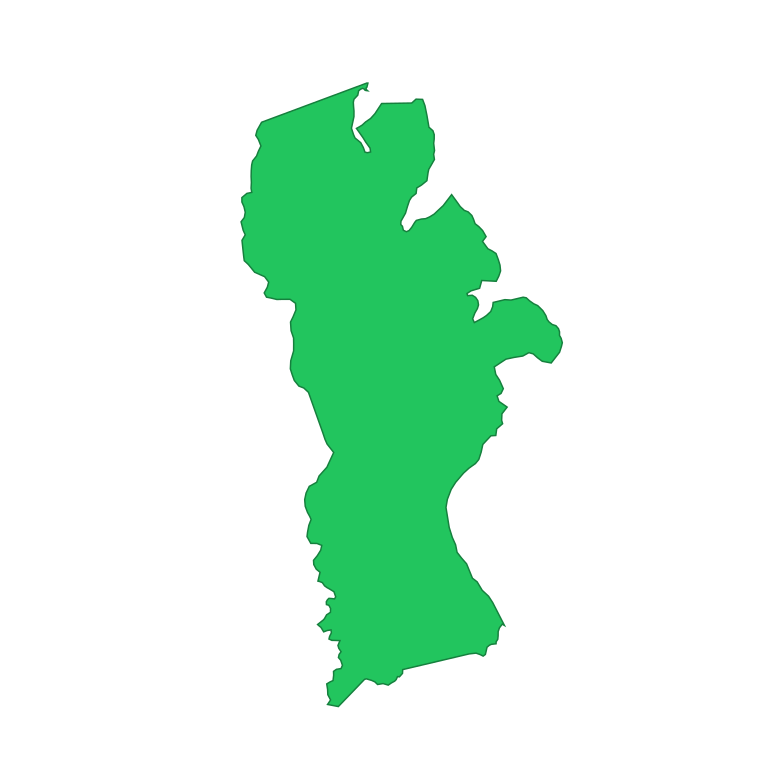 Larut dan Matang, Perak, Malaysia (Albers equal-area conic projection), rotated 156°
{"feature_id": "92858781B7339413338476", "entity_name": "Larut dan Matang", "entity_type": "district", "adm_level": 2, "iso_a3": "MYS", "parent_name": "Malaysia", "parent_adm1": "Perak", "projection": "albers", "projection_center": [100.721, 4.813], "detail": "fine", "context": "isolated", "style": "filled", "palette": "green", "viewbox_px": 768, "rotation_deg": 156, "n_neighbors": 0, "source": "geoboundaries", "source_scale": "gbopen_adm2", "svg_char_len": 4295}
<svg xmlns="http://www.w3.org/2000/svg" viewBox="0 0 768 768"><g transform="rotate(156 384 384)"><path d="M389.3,672.9L389.1,672.9L389.5,672.8L396.7,667.4L400.0,663.3L399.3,658.5L399.6,651.5L404.0,647.8L407.7,644.1L413.3,641.2L415.8,637.9L418.4,633.1L421.0,627.6L423.2,622.0L425.8,616.9L426.9,612.8L431.7,613.9L438.0,612.1L439.8,608.0L439.8,602.9L440.9,597.3L443.9,592.9L448.6,590.3L450.1,581.8L450.1,576.7L455.3,573.0L457.1,567.5L460.1,558.2L461.5,553.5L459.3,548.3L456.7,538.7L449.4,530.6L447.9,524.0L451.2,519.9L456.4,515.9L456.0,511.1L452.3,508.5L447.5,504.8L443.1,503.0L435.4,499.6L432.0,493.7L434.3,487.5L439.8,482.3L444.2,478.6L447.2,470.5L447.9,462.8L450.1,457.6L453.1,451.0L459.7,443.2L463.4,435.9L464.1,429.6L464.5,423.7L462.6,416.7L458.9,413.0L456.4,407.1L458.9,375.1L459.7,364.7L460.4,357.4L460.4,352.2L457.8,341.9L470.0,331.2L480.7,326.4L485.5,321.6L493.9,320.9L499.5,316.1L503.5,310.6L505.7,304.3L506.1,297.7L505.7,293.2L505.7,289.9L510.1,285.5L514.2,279.6L516.4,275.9L515.7,268.2L510.1,265.6L506.5,261.9L509.4,257.9L514.9,254.2L520.1,251.6L521.6,247.6L521.2,242.4L519.0,238.0L524.9,230.3L524.1,230.7L521.1,227.6L520.4,223.8L518.9,221.2L517.3,219.1L514.2,214.6L514.7,209.2L516.6,207.8L518.9,209.2L521.5,210.6L523.4,209.9L525.3,208.5L526.3,205.9L524.4,204.3L524.1,200.7L525.8,197.2L530.3,196.5L533.8,193.9L535.2,193.2L542.5,191.3L542.0,190.1L540.6,187.3L539.9,182.1L536.2,181.9L532.4,180.9L533.3,178.1L536.4,175.5L538.0,173.4L535.9,171.0L535.4,170.8L528.6,167.5L532.4,163.9L532.8,160.9L532.1,156.9L535.0,155.2L536.9,152.6L535.9,149.3L536.4,143.9L539.0,141.5L543.5,142.7L547.0,142.0L548.4,138.5L551.2,133.8L554.5,133.8L558.3,133.3L559.8,127.8L561.7,123.0L561.3,117.1L565.9,114.2L556.9,107.9L521.9,122.1L520.0,121.8L515.9,118.3L513.5,115.6L512.1,112.1L506.7,110.7L502.6,107.2L498.8,107.9L495.1,108.2L493.1,109.0L490.7,111.2L489.0,110.2L484.8,112.1L483.1,115.5L416.0,102.8L409.4,100.7L406.3,97.8L404.1,95.1L401.4,95.7L398.9,99.0L397.0,101.6L394.0,102.5L391.7,102.5L387.3,101.1L386.4,102.9L383.9,104.5L382.2,107.5L380.4,111.4L377.7,114.3L373.7,116.5L372.2,114.5L373.6,140.1L374.8,147.6L378.2,155.6L379.4,165.4L382.2,170.6L381.7,186.1L384.0,193.6L385.7,200.5L384.0,208.0L384.0,216.1L382.8,226.4L377.6,246.0L373.0,252.9L365.5,260.4L358.6,265.0L347.7,270.2L340.8,272.5L332.7,274.2L328.1,276.5L322.9,282.3L318.3,288.6L307.4,293.2L302.8,291.5L299.3,297.2L291.8,299.5L291.3,303.0L288.4,308.8L280.9,312.8L286.1,321.4L285.5,327.2L280.9,327.8L276.9,331.2L276.9,340.4L278.0,347.3L276.3,354.8L262.5,357.1L254.4,355.4L245.8,353.1L238.9,353.7L235.4,350.8L233.1,345.6L230.2,340.4L222.7,335.2L210.7,341.6L206.5,346.3L204.3,349.2L203.6,353.7L203.9,357.0L202.4,360.3L202.1,363.6L203.2,367.3L206.1,369.9L208.0,373.6L208.7,376.5L208.3,380.6L209.1,386.5L211.7,393.1L214.6,396.4L217.2,400.8L219.0,404.9L221.6,406.7L233.8,409.0L239.3,411.9L251.1,414.1L253.3,410.4L257.0,406.8L262.5,404.9L266.2,404.2L270.6,403.8L276.5,403.4L276.5,407.5L272.1,411.9L268.0,414.9L265.5,417.8L264.4,421.9L265.1,425.9L267.3,429.2L271.7,430.7L271.4,432.9L266.6,433.7L257.7,432.6L252.6,438.8L239.7,432.2L235.2,435.9L231.5,439.9L229.7,445.4L229.0,451.0L228.6,457.6L231.2,461.7L234.1,465.3L236.0,474.2L230.8,477.1L231.5,484.1L233.4,489.3L235.6,493.4L235.2,498.2L235.2,502.2L237.1,507.0L240.0,509.9L242.2,515.1L243.0,519.2L245.2,529.5L257.3,522.9L264.0,520.6L269.1,518.8L274.3,518.1L278.7,518.1L282.8,519.5L287.9,520.3L290.1,519.2L294.9,515.9L298.6,514.0L301.6,514.0L303.8,516.6L303.0,520.6L303.8,522.9L302.3,525.8L294.9,531.3L290.5,536.5L286.1,541.3L282.8,543.5L277.2,545.0L274.3,549.8L268.8,550.5L262.1,552.3L257.7,559.3L255.8,561.9L252.2,564.5L246.6,568.6L245.2,573.7L242.9,576.7L240.7,583.7L238.5,587.4L236.7,591.4L236.3,595.5L238.5,600.3L235.6,611.7L233.4,621.6L233.0,628.3L238.9,631.2L244.4,629.4L272.1,641.2L282.4,634.6L288.3,632.0L294.2,630.9L298.6,629.4L301.6,629.0L305.2,628.7L303.0,617.6L302.3,612.4L301.6,609.1L300.8,605.1L301.9,601.4L305.2,602.1L307.1,603.6L306.7,608.4L307.1,613.9L310.4,620.5L310.4,624.2L309.7,630.9L302.7,640.5L300.4,645.6L299.0,649.7L297.5,653.7L295.7,656.3L293.1,657.4L290.5,658.5L287.9,662.2L285.6,662.8L283.3,662.8L282.2,661.6L281.9,660.2L281.2,659.5L279.7,658.6L280.4,660.2L280.1,661.6L278.9,662.1L276.3,665.4L277.2,665.9L389.3,672.9Z" fill="#22c55e" stroke="#15803d" stroke-width="1.5"/></g></svg>